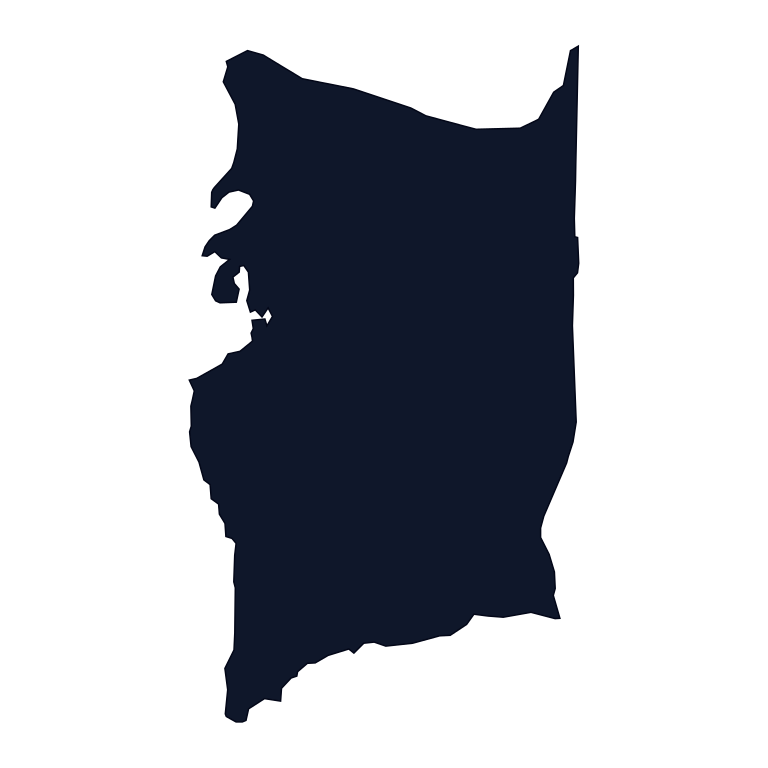 Manatí, Puerto Rico
{"feature_id": "32010507B74616121786134", "entity_name": "Manatí", "entity_type": "district", "adm_level": 2, "iso_a3": "PRI", "parent_name": "Puerto Rico", "parent_adm1": "", "projection": "equal_earth", "projection_center": [-66.506, 18.418], "detail": "fine", "context": "isolated", "style": "filled", "palette": "ink", "viewbox_px": 768, "rotation_deg": 0, "n_neighbors": 0, "source": "geoboundaries", "source_scale": "gbopen_adm2", "svg_char_len": 2101}
<svg xmlns="http://www.w3.org/2000/svg" viewBox="0 0 768 768"><path d="M487.8,616.0L503.3,617.2L531.0,612.3L555.1,618.6L559.9,618.3L553.3,595.4L555.2,588.5L554.4,571.9L549.1,554.3L540.6,537.5L540.6,528.0L543.8,516.1L566.6,463.0L568.3,456.4L573.0,442.0L576.2,422.0L572.4,325.7L573.4,295.4L573.3,277.9L577.5,272.8L578.7,263.3L577.6,237.5L574.8,236.8L574.3,218.4L575.5,181.0L575.8,163.2L578.3,46.1L571.5,50.1L570.5,50.6L563.4,85.5L553.7,92.2L538.7,119.2L535.6,120.8L520.2,128.2L476.1,129.3L462.1,125.6L425.8,115.8L412.4,108.8L410.8,108.0L405.7,106.3L384.4,99.2L353.5,88.9L353.4,88.9L330.0,84.2L320.6,82.4L317.3,81.7L302.2,78.7L298.9,76.7L286.0,68.9L282.0,66.5L265.9,56.7L263.4,55.1L255.6,52.9L247.5,50.6L226.7,61.2L226.3,61.4L227.8,66.8L223.3,81.8L235.2,104.3L238.8,124.1L237.3,148.9L233.8,162.5L231.7,168.4L214.4,187.5L212.9,189.6L211.7,192.3L211.2,206.9L214.9,208.1L221.9,197.7L229.0,192.1L238.5,190.0L249.6,194.3L253.6,200.9L252.4,206.3L236.6,225.2L229.6,229.6L214.7,235.2L209.3,240.6L205.1,246.8L202.2,255.7L207.2,256.2L214.8,251.6L221.4,257.9L229.6,259.4L220.3,266.9L215.6,275.9L211.8,294.5L215.6,300.8L220.0,302.8L236.3,302.2L239.1,289.1L234.3,283.5L232.9,277.1L239.2,272.1L239.6,266.4L243.8,265.5L248.4,272.1L249.7,290.0L246.8,300.6L250.4,312.1L255.3,309.9L262.0,317.0L268.1,307.9L272.5,316.4L266.9,325.9L264.9,319.0L252.0,320.3L253.3,328.6L251.1,333.1L252.0,337.2L252.5,341.0L252.4,341.2L240.0,351.3L228.1,353.9L222.2,364.1L196.7,378.4L189.3,380.1L194.3,390.9L192.3,400.3L190.9,406.1L191.3,426.2L189.6,431.8L191.1,446.6L199.0,462.1L203.9,479.9L210.1,484.6L211.2,498.7L218.6,504.1L219.4,514.2L225.0,523.4L225.9,536.5L232.0,538.4L236.1,543.4L234.7,555.4L233.8,581.9L235.3,587.8L234.8,632.7L234.0,650.0L224.9,668.4L227.7,689.8L225.3,713.9L226.3,716.5L236.0,721.9L242.4,721.9L246.0,720.4L248.6,708.8L264.5,698.6L280.6,701.1L281.5,688.3L291.1,678.0L296.8,676.1L297.6,671.7L307.4,663.3L315.2,662.9L328.1,655.4L348.8,649.0L353.9,653.1L363.8,643.2L374.2,642.1L385.8,646.1L412.7,643.2L439.7,635.8L450.2,635.3L466.7,624.3L473.9,614.2L487.8,616.0Z" fill="#0f172a" stroke="#020617" stroke-width="1.5"/></svg>